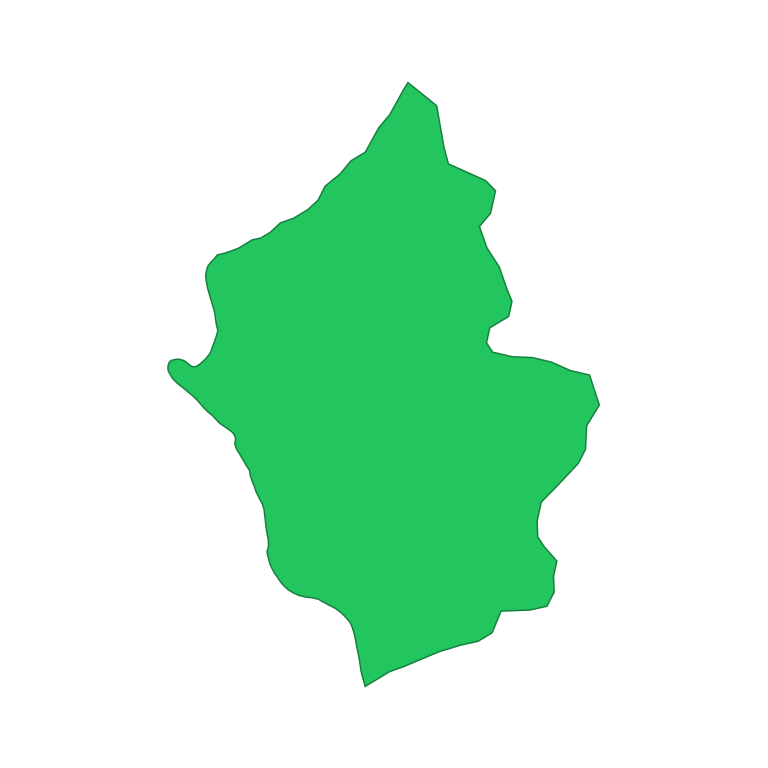 the district of Sakju, P'yŏngan-bukto, North Korea, rotated 282°
{"feature_id": "82179303B80718033581165", "entity_name": "Sakju", "entity_type": "district", "adm_level": 2, "iso_a3": "PRK", "parent_name": "North Korea", "parent_adm1": "P'yŏngan-bukto", "projection": "robinson", "projection_center": [124.843, 40.331], "detail": "fine", "context": "isolated", "style": "filled", "palette": "green", "viewbox_px": 768, "rotation_deg": 282, "n_neighbors": 0, "source": "geoboundaries", "source_scale": "gbopen_adm2", "svg_char_len": 6156}
<svg xmlns="http://www.w3.org/2000/svg" viewBox="0 0 768 768"><g transform="rotate(282 384 384)"><path d="M475.7,194.2L474.9,193.9L473.8,193.3L472.6,192.6L471.3,192.0L470.1,191.3L469.4,190.8L468.6,190.3L467.8,189.7L466.8,189.1L465.5,188.5L464.4,188.0L463.4,187.5L462.5,187.2L461.4,187.0L460.1,186.9L459.1,186.9L457.7,186.8L456.5,186.8L454.2,186.9L453.1,187.0L452.0,187.3L451.0,187.6L447.7,188.8L446.6,189.2L445.5,189.7L444.2,190.2L442.2,191.1L441.2,191.5L440.4,191.9L439.2,192.5L437.8,193.3L436.8,193.8L435.5,194.5L434.5,195.1L433.3,195.6L432.3,196.2L431.2,196.7L430.1,197.4L428.8,198.3L427.3,199.0L425.2,200.1L424.5,200.5L423.4,201.0L421.2,202.3L420.0,202.9L418.9,203.3L417.7,203.8L416.5,204.3L415.3,204.8L413.0,205.5L411.9,205.9L410.9,206.4L409.9,206.7L406.8,207.9L405.6,208.5L404.5,209.1L403.3,209.7L402.0,210.1L400.7,210.3L399.5,210.3L398.0,210.2L395.6,210.0L391.2,209.5L389.8,209.3L387.4,208.9L386.2,208.7L384.7,208.5L383.1,208.3L381.9,208.1L380.5,207.9L379.1,207.7L377.9,207.4L376.7,207.0L375.2,206.2L373.9,205.5L372.8,204.9L371.5,204.3L370.4,203.6L369.4,202.9L368.5,202.3L367.5,201.6L366.6,200.7L365.5,200.0L364.6,199.2L363.8,198.4L363.0,197.6L362.4,196.8L361.9,196.1L361.5,195.2L361.2,194.3L361.2,193.0L361.4,191.8L362.2,190.1L362.7,189.1L363.1,188.1L363.8,187.0L364.3,185.9L364.6,185.1L365.0,184.2L365.3,183.3L365.5,182.1L365.5,180.8L365.6,179.7L365.6,178.5L365.5,177.5L365.2,176.5L364.9,175.5L364.1,173.7L363.7,172.8L363.3,171.9L362.7,171.1L362.1,170.4L361.2,169.8L360.5,169.5L359.6,169.3L357.5,169.0L356.5,169.0L355.5,169.2L354.6,169.4L353.8,169.6L353.0,169.8L352.2,170.2L351.5,170.6L350.1,171.7L349.5,172.3L348.8,173.0L348.0,173.6L347.3,174.4L346.6,175.0L345.9,175.6L345.2,176.4L344.5,177.3L343.9,178.3L342.5,180.5L341.9,181.5L341.4,182.5L340.8,183.5L340.2,184.7L339.7,185.7L339.2,187.2L338.5,188.3L337.9,189.4L337.1,190.8L336.7,191.8L336.2,192.5L335.6,193.7L334.9,195.0L334.3,196.2L333.7,197.4L333.1,198.6L332.4,199.8L331.8,200.9L331.0,202.0L330.4,203.1L329.7,204.3L329.0,205.2L328.1,206.2L327.5,207.1L326.9,207.9L326.2,208.9L325.4,209.9L324.6,210.9L323.9,211.7L323.3,212.6L322.6,213.8L321.4,215.7L320.7,216.7L320.1,217.7L319.4,218.8L318.9,219.9L318.5,220.9L317.9,222.0L317.2,223.1L316.5,224.1L315.7,225.2L314.5,227.0L313.7,228.2L312.7,229.6L311.8,230.8L311.3,231.8L310.8,233.0L310.4,234.1L309.7,235.4L309.3,236.6L308.8,237.8L308.2,239.3L307.4,241.2L307.0,242.0L306.1,243.8L305.7,244.8L305.2,245.7L304.7,246.6L304.1,247.2L303.4,247.8L302.9,248.3L302.1,248.8L301.6,249.3L301.0,249.7L300.4,249.9L299.7,250.2L299.0,250.3L297.2,250.4L295.9,250.4L294.8,250.5L293.9,250.7L293.3,251.1L291.5,252.2L290.6,252.8L289.6,253.5L288.8,254.2L287.7,255.2L286.8,256.1L285.9,257.0L284.9,257.9L283.9,258.8L282.9,259.8L281.7,260.7L280.7,261.7L279.6,262.7L278.7,263.6L276.7,265.3L274.6,267.3L273.6,268.4L272.5,269.4L271.5,270.3L270.5,270.9L269.5,271.4L268.7,271.6L267.9,271.7L266.8,272.2L265.7,272.9L264.5,273.5L263.6,274.1L262.5,274.7L261.4,275.4L260.4,276.1L259.4,276.7L258.2,277.6L256.0,279.0L254.9,279.6L253.8,280.3L252.7,280.9L251.8,281.4L250.0,282.8L249.3,283.4L247.6,284.8L246.7,285.4L246.0,285.9L245.4,286.5L244.7,287.2L243.8,287.9L243.0,288.7L242.1,289.4L241.1,290.1L240.3,290.6L239.3,291.2L238.2,291.7L237.2,292.3L236.0,293.0L235.2,293.2L234.0,293.5L232.6,294.0L231.0,294.5L229.4,295.2L227.8,295.6L226.1,296.2L224.4,296.7L223.2,297.2L221.8,297.6L220.3,298.1L218.5,298.8L217.3,299.1L215.9,299.8L214.2,300.4L212.7,301.0L211.4,301.5L210.1,302.1L208.9,302.7L207.3,303.3L205.9,303.6L203.5,304.3L202.3,304.5L201.4,304.7L200.5,304.8L199.6,304.8L198.7,304.7L197.0,304.5L196.3,304.4L195.8,304.4L194.5,304.8L193.6,305.3L192.5,305.8L191.9,306.1L189.4,307.3L187.9,308.0L186.7,308.6L185.4,309.3L184.4,309.9L183.4,310.4L182.5,311.0L181.6,311.8L180.7,312.5L179.9,313.1L179.1,313.8L178.3,314.4L177.6,315.1L176.6,315.8L175.9,316.5L175.2,317.3L174.5,318.2L173.8,318.9L173.0,319.7L172.2,320.6L171.4,321.3L170.7,322.1L170.1,322.8L169.5,323.5L168.8,324.2L168.1,325.0L167.5,325.7L166.9,326.6L166.2,327.5L165.7,328.3L165.1,329.2L164.8,329.9L164.3,330.6L163.7,331.6L163.0,332.6L162.6,333.5L162.3,334.4L161.9,335.4L161.6,336.6L161.2,337.7L160.8,338.8L160.5,340.0L160.3,341.5L160.1,342.4L159.7,343.5L159.6,344.6L159.5,345.7L159.4,346.9L159.3,348.3L159.3,349.9L159.3,351.5L159.4,352.9L159.5,354.2L159.7,355.1L159.8,356.5L159.9,358.2L160.0,360.1L159.9,361.7L159.8,363.3L159.8,364.3L159.7,365.0L159.1,366.9L158.4,368.8L158.2,369.6L158.0,370.2L157.9,370.9L157.5,372.0L156.9,374.0L156.6,374.9L156.3,375.8L156.1,376.8L155.9,377.8L155.6,378.8L155.3,379.8L155.0,380.9L154.8,381.8L154.5,382.6L154.1,383.7L153.7,384.5L153.4,385.4L153.0,386.1L152.8,386.7L152.3,387.6L151.9,388.5L151.0,390.2L150.1,391.5L149.7,392.3L149.1,393.1L148.6,393.9L148.1,394.7L147.5,395.5L146.4,397.1L145.8,397.8L145.2,398.6L144.7,399.1L144.2,399.8L143.5,400.5L142.9,401.0L142.2,401.5L141.5,402.1L140.7,402.7L139.9,403.2L138.0,404.3L137.0,404.8L136.2,405.4L135.2,406.0L134.4,406.4L133.5,406.8L132.5,407.3L131.5,407.8L130.8,408.1L128.7,409.0L127.8,409.4L125.2,410.4L122.7,411.4L121.7,411.9L120.5,412.3L117.6,413.7L116.7,414.0L114.7,414.9L113.5,415.4L112.4,415.9L111.4,416.4L109.3,417.2L108.0,417.7L106.5,418.3L105.3,418.7L104.1,419.1L103.0,419.6L102.2,419.9L101.4,420.2L100.5,420.3L99.7,420.7L98.5,421.3L97.4,421.7L96.7,422.1L95.8,422.5L94.8,423.0L93.9,423.6L92.2,424.3L91.3,424.8L90.0,425.5L88.9,426.1L87.8,426.7L86.6,427.2L85.5,427.8L84.2,428.4L103.9,449.4L111.3,461.5L133.6,493.5L144.6,513.5L151.9,529.5L163.2,541.5L186.2,545.7L193.2,573.6L200.5,589.6L215.8,593.7L231.3,589.8L246.7,589.9L258.6,574.0L266.5,566.1L282.0,562.3L301.2,562.4L320.2,574.5L346.8,590.6L362.1,594.7L385.2,590.9L408.2,599.0L435.5,583.2L435.9,563.3L440.2,543.4L440.7,523.5L437.3,503.6L437.7,483.6L445.6,475.7L461.0,475.8L476.0,491.9L491.4,492.0L503.1,484.1L522.6,472.3L538.4,456.5L557.9,444.6L573.1,452.7L596.2,452.9L604.1,441.0L612.7,401.2L628.3,393.3L667.1,377.7L683.8,344.8L675.5,341.8L648.8,333.7L633.6,325.6L606.9,317.5L595.6,305.4L580.4,297.4L565.3,285.3L550.0,281.2L538.7,273.2L527.4,261.1L520.0,249.1L508.6,241.1L501.1,233.0L497.5,225.0L486.2,213.0L478.8,201.0L475.7,194.2Z" fill="#22c55e" stroke="#15803d" stroke-width="1.5"/></g></svg>